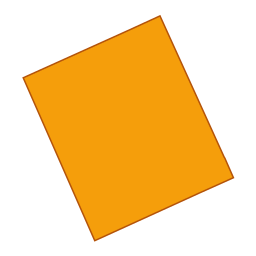 outline of Kiowa, Kansas, United States of America, rotated 246°
{"feature_id": "52423323B18660860300625", "entity_name": "Kiowa", "entity_type": "district", "adm_level": 2, "iso_a3": "USA", "parent_name": "United States of America", "parent_adm1": "Kansas", "projection": "equal_earth", "projection_center": [-99.379, 37.558], "detail": "fine", "context": "isolated", "style": "filled", "palette": "amber", "viewbox_px": 256, "rotation_deg": 246, "n_neighbors": 0, "source": "geoboundaries", "source_scale": "gbopen_adm2", "svg_char_len": 281}
<svg xmlns="http://www.w3.org/2000/svg" viewBox="0 0 256 256"><g transform="rotate(246 128 128)"><path d="M38.6,51.8L39.6,166.8L39.7,204.1L43.8,204.1L61.1,204.2L62.5,204.0L217.4,202.8L217.0,165.6L216.5,52.7L38.6,51.8Z" fill="#f59e0b" stroke="#b45309" stroke-width="1.5"/></g></svg>